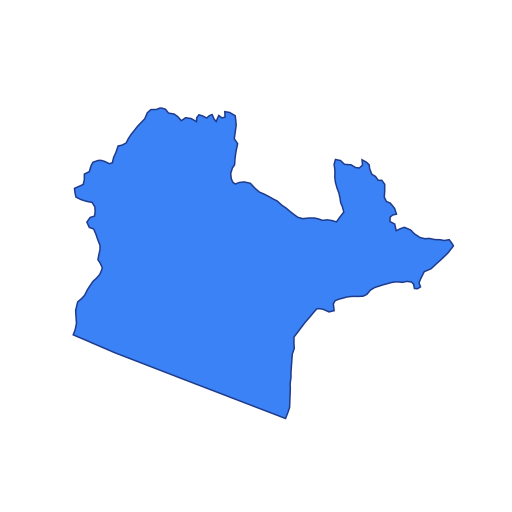 Suna West, Nyanza, Kenya, rotated 348°
{"feature_id": "3690345B37794826705018", "entity_name": "Suna West", "entity_type": "district", "adm_level": 2, "iso_a3": "KEN", "parent_name": "Kenya", "parent_adm1": "Nyanza", "projection": "natural_earth1", "projection_center": [34.385, -1.091], "detail": "fine", "context": "isolated", "style": "filled", "palette": "blue", "viewbox_px": 512, "rotation_deg": 348, "n_neighbors": 0, "source": "geoboundaries", "source_scale": "gbopen_adm2", "svg_char_len": 3020}
<svg xmlns="http://www.w3.org/2000/svg" viewBox="0 0 512 512"><g transform="rotate(348 256 256)"><path d="M448.4,280.2L443.4,280.0L439.3,278.3L434.6,277.2L429.1,274.8L424.8,274.2L420.2,272.0L415.5,267.2L412.7,262.7L407.1,258.8L403.0,259.3L398.4,260.4L398.3,253.6L394.2,250.1L395.4,245.7L398.3,244.3L402.1,244.3L401.5,238.3L398.4,232.2L394.9,229.8L393.7,225.1L395.4,219.3L396.8,212.6L394.8,208.1L391.3,207.4L389.5,203.2L386.2,200.0L385.3,194.0L385.7,190.4L383.5,187.2L379.7,183.9L379.1,189.2L375.4,191.4L371.8,190.2L367.9,186.5L361.7,184.8L358.5,180.2L353.8,178.1L351.4,182.7L351.2,186.9L350.5,191.1L349.4,195.5L349.0,200.4L349.4,206.5L350.2,211.9L350.2,217.0L349.9,221.4L350.8,226.1L351.0,231.3L347.1,234.6L346.1,235.4L342.8,238.4L341.9,239.4L337.6,237.1L333.1,235.4L328.5,235.0L324.8,232.7L321.1,231.0L316.1,229.9L309.5,229.2L304.9,226.8L301.6,223.1L298.4,219.3L295.6,215.6L291.6,211.4L288.1,206.5L285.1,204.2L281.3,200.8L276.8,197.1L272.6,194.2L269.2,189.7L265.6,183.7L259.9,181.1L254.9,180.6L250.8,181.3L248.7,179.2L247.9,175.3L248.4,170.1L251.2,165.0L254.0,162.4L255.8,156.1L258.0,150.0L261.4,142.3L259.1,136.8L261.2,131.2L263.8,123.9L264.4,119.3L264.8,114.4L260.0,110.1L255.5,108.3L254.6,113.6L251.5,113.9L248.8,110.8L246.8,113.6L245.0,116.2L243.4,113.2L242.5,108.5L239.6,109.0L236.4,110.8L233.1,108.0L229.6,106.0L226.7,108.5L225.7,112.2L221.2,108.1L215.9,106.1L211.1,108.1L208.3,103.2L205.4,100.1L200.1,98.0L198.0,93.6L194.5,91.7L192.8,91.3L188.9,92.0L183.7,90.9L179.5,93.3L175.7,98.7L171.2,101.7L167.1,104.5L163.2,107.8L159.1,111.1L155.6,114.6L152.4,118.5L147.9,119.7L144.0,119.7L140.5,125.6L137.2,130.0L134.9,134.9L133.2,135.1L131.9,135.3L127.3,131.8L124.2,130.2L122.2,129.8L120.7,129.8L118.3,130.1L116.0,130.4L113.8,133.0L112.9,134.4L110.5,138.8L105.1,140.2L104.1,145.0L103.7,146.3L101.8,150.1L97.7,151.0L92.5,152.1L92.1,156.6L92.1,159.4L92.2,161.0L96.6,164.5L101.6,167.3L106.9,169.6L108.6,174.6L107.8,179.5L106.3,183.4L101.8,183.8L97.6,187.7L98.9,193.4L102.8,195.8L103.9,201.1L104.6,207.0L105.6,213.1L104.8,217.2L102.4,222.4L100.6,226.8L102.0,230.2L103.2,235.3L102.2,237.5L99.3,241.6L95.4,244.5L91.3,246.9L87.4,250.6L84.1,253.9L80.4,258.6L76.5,261.4L72.1,263.8L70.2,267.6L68.3,271.6L67.4,277.4L66.4,284.6L63.6,290.9L60.8,295.1L97.8,321.3L159.7,361.7L251.1,421.1L254.9,415.3L257.3,411.3L258.5,406.7L259.4,403.0L262.0,392.9L262.7,388.5L265.0,381.9L266.1,376.8L271.1,359.5L274.2,354.4L275.0,349.1L276.3,343.2L290.3,331.1L296.3,326.6L300.2,323.5L304.5,320.3L307.0,320.7L310.0,321.8L311.6,322.8L315.8,325.9L321.1,325.7L321.7,318.9L324.2,316.1L327.9,315.5L333.5,315.2L336.9,315.0L339.7,315.3L342.1,315.6L347.6,316.8L352.3,317.6L356.4,316.6L360.9,313.1L365.6,311.5L374.5,310.6L380.1,310.3L383.0,310.1L386.8,310.3L390.1,311.0L393.6,312.2L398.3,312.2L402.7,313.8L404.3,316.4L404.2,320.7L407.1,321.6L410.5,320.4L409.9,316.1L412.2,312.7L417.3,306.3L424.5,304.9L430.7,301.2L435.2,298.6L439.7,295.9L444.3,293.0L448.1,289.8L451.2,287.2L450.7,285.4L448.4,280.2Z" fill="#3b82f6" stroke="#1e3a8a" stroke-width="1.5"/></g></svg>